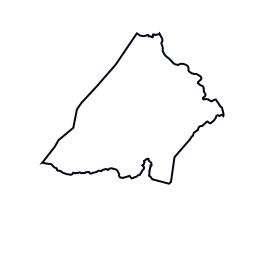 Oropoli, El Paraíso, Honduras (Mercator projection), rotated 322°
{"feature_id": "27666195B15040698792339", "entity_name": "Oropoli", "entity_type": "district", "adm_level": 2, "iso_a3": "HND", "parent_name": "Honduras", "parent_adm1": "El Paraíso", "projection": "mercator", "projection_center": [-86.83, 13.815], "detail": "fine", "context": "isolated", "style": "outline", "palette": "ink", "viewbox_px": 256, "rotation_deg": 322, "n_neighbors": 0, "source": "geoboundaries", "source_scale": "gbopen_adm2", "svg_char_len": 5754}
<svg xmlns="http://www.w3.org/2000/svg" viewBox="0 0 256 256"><g transform="rotate(322 128 128)"><path d="M129.2,75.9L107.0,79.5L99.3,81.8L85.0,94.2L65.7,94.8L59.1,97.6L39.1,102.6L39.4,102.7L40.4,104.1L41.6,105.6L43.5,107.5L45.0,109.0L45.3,109.4L45.4,109.7L45.5,109.9L45.4,111.3L45.5,111.9L45.5,112.7L45.7,113.6L45.9,114.1L46.6,115.1L46.8,115.5L46.9,115.8L46.8,116.0L46.8,116.3L46.5,116.8L46.3,117.1L46.3,117.6L46.3,117.9L46.5,118.3L47.0,118.9L47.8,119.7L48.3,120.3L48.5,120.9L48.7,121.5L48.8,122.0L48.9,122.5L49.2,123.4L49.7,124.2L51.9,127.3L52.3,127.7L52.6,127.8L53.6,129.1L54.0,129.5L54.3,129.7L54.5,129.8L55.2,130.0L55.8,130.0L56.2,129.9L56.7,129.7L57.1,129.5L57.3,129.5L57.8,129.9L58.2,130.7L58.4,131.1L58.6,131.3L58.8,131.4L59.9,131.7L60.6,132.5L60.8,132.6L61.7,132.8L62.0,132.9L62.3,133.0L62.6,133.3L62.7,133.5L63.4,134.8L63.7,135.0L64.2,135.2L64.5,135.5L64.9,135.7L65.0,135.8L65.1,136.1L65.5,136.4L66.2,136.8L66.7,137.0L67.2,137.0L67.5,136.9L67.8,137.0L68.5,137.4L69.5,138.2L69.9,138.4L70.1,138.5L70.1,139.7L70.2,140.5L70.4,140.8L70.6,141.0L71.0,141.2L71.6,141.4L72.6,141.7L73.3,142.0L74.2,142.4L76.1,143.3L76.7,143.4L77.7,143.3L78.2,143.4L78.6,143.6L79.4,144.4L80.3,145.5L81.2,145.5L82.4,145.5L82.5,145.5L83.0,145.8L83.7,146.1L84.7,146.4L85.3,146.7L85.7,147.1L85.9,147.4L86.1,147.9L86.2,148.5L86.3,148.6L86.5,148.7L86.8,148.7L88.3,148.7L88.8,148.8L89.4,149.1L90.3,149.7L90.7,150.2L91.6,151.5L92.0,151.9L92.7,152.9L93.1,153.7L93.2,154.1L93.3,154.6L93.4,156.0L93.1,156.6L92.9,157.2L92.8,158.6L92.6,158.9L91.7,159.7L91.5,160.0L91.4,160.5L91.4,162.2L91.9,162.7L92.5,163.4L93.4,164.3L93.7,164.3L94.2,164.6L99.2,166.5L99.8,166.7L99.8,166.8L99.8,167.0L99.6,167.9L99.6,168.1L99.7,168.6L99.9,169.8L99.9,170.0L100.1,170.1L101.0,170.5L102.2,170.7L103.0,170.8L103.9,171.2L104.5,171.6L105.0,171.6L106.1,171.5L106.5,171.5L107.1,171.6L107.8,171.8L108.3,172.0L108.6,172.2L109.9,171.5L110.7,171.4L111.5,171.1L113.3,170.3L115.1,170.0L115.7,169.6L116.1,169.4L116.3,169.1L116.5,168.7L116.5,167.9L116.3,167.2L116.2,166.7L116.2,166.3L116.3,166.3L116.6,166.2L116.9,166.3L117.4,166.5L117.8,166.5L118.7,165.9L119.7,165.3L119.9,164.8L120.0,164.2L120.3,163.9L120.5,163.8L121.0,164.0L121.5,164.0L122.9,163.9L123.3,164.0L124.1,164.2L125.2,164.9L125.2,165.0L124.9,165.3L124.5,166.0L124.3,166.4L124.3,166.8L124.3,167.2L124.5,168.0L124.6,168.7L124.9,169.4L124.9,169.8L124.8,170.0L124.1,170.8L124.0,171.1L123.9,171.6L123.8,171.8L123.7,171.8L123.0,171.5L122.6,171.4L122.5,171.5L122.3,171.7L122.4,172.1L122.2,172.4L122.1,172.5L121.0,172.9L119.8,174.1L119.4,174.4L119.0,174.6L118.7,174.7L118.4,175.1L118.1,175.5L117.9,175.7L117.8,175.8L117.8,176.0L117.4,176.5L116.9,176.9L116.6,177.3L116.2,177.7L115.4,178.3L115.3,178.5L115.2,178.7L115.3,179.1L115.6,179.8L115.7,180.3L115.7,180.5L115.6,181.0L115.7,181.6L115.6,182.0L115.6,182.3L115.6,182.7L115.8,183.0L115.6,183.4L126.0,197.1L128.7,196.9L146.7,179.6L169.5,175.2L169.9,175.1L171.5,174.5L173.0,174.0L173.9,174.0L174.5,174.0L174.7,173.9L175.3,173.4L176.3,172.7L176.7,172.5L177.1,172.3L177.5,172.3L178.1,172.3L179.7,172.5L181.1,172.4L181.5,172.6L181.8,172.6L182.4,172.2L182.8,171.7L183.2,171.5L184.4,171.1L185.0,171.0L185.4,170.9L185.9,171.0L186.3,171.1L186.7,171.4L187.6,172.0L188.1,172.2L188.6,172.1L189.7,171.8L190.6,171.9L193.5,171.6L194.1,171.6L194.5,171.7L194.6,171.8L195.0,173.4L195.3,174.1L195.8,175.0L196.0,175.1L196.3,175.1L198.6,175.1L199.8,175.0L200.6,174.9L202.0,174.5L203.5,174.0L204.3,173.6L204.7,173.1L205.0,172.9L205.4,172.9L205.9,172.9L206.4,173.1L206.8,173.4L207.2,174.0L207.3,174.5L207.5,174.8L208.1,175.0L208.7,175.0L209.0,175.0L209.9,175.3L210.2,175.7L210.3,176.0L210.4,176.3L210.5,177.2L210.8,177.0L211.3,176.6L211.5,176.3L211.8,175.9L212.6,174.2L213.1,173.3L213.8,171.4L214.4,170.2L214.6,169.7L214.5,169.3L214.3,168.9L214.2,168.4L214.1,168.0L214.1,167.6L214.2,166.7L214.4,164.9L214.6,161.3L214.8,160.3L214.8,159.8L214.7,159.6L214.4,159.4L213.4,159.0L210.5,158.5L210.2,158.4L209.9,158.0L209.6,157.4L208.8,154.7L207.1,153.1L205.2,152.0L205.1,151.7L205.1,151.3L205.1,151.1L205.3,150.8L205.5,150.6L205.7,150.4L206.0,150.3L207.4,150.4L208.0,150.4L209.0,150.0L209.3,149.8L209.4,149.7L209.7,149.2L209.9,148.2L210.1,147.0L210.1,146.3L210.2,146.1L210.4,145.7L211.8,143.8L212.1,143.2L212.5,142.4L212.6,141.8L212.6,141.5L212.6,141.2L212.2,140.2L211.7,139.3L211.1,137.8L211.0,137.1L211.1,136.8L210.8,136.4L210.7,136.1L210.7,135.8L210.8,135.5L211.0,135.3L211.2,135.1L211.7,134.9L212.7,134.8L215.2,134.7L215.8,134.6L216.1,134.3L216.6,133.5L216.9,132.9L216.9,132.5L216.8,131.7L216.4,130.6L215.8,128.9L215.3,127.9L214.9,127.3L213.2,125.9L212.7,125.2L212.3,124.7L211.9,123.9L211.3,122.3L211.1,121.7L211.0,121.2L211.0,120.8L211.0,120.5L211.1,120.1L211.6,119.2L213.0,117.2L213.1,116.8L213.2,116.1L213.0,115.3L212.8,114.7L212.5,113.8L211.1,111.6L210.7,111.2L209.8,110.5L208.5,109.6L207.3,109.4L206.0,109.0L205.6,108.3L204.7,107.4L204.4,106.8L204.1,106.3L203.8,105.4L203.6,104.2L203.5,103.6L203.6,102.7L203.1,99.1L202.7,97.1L202.2,95.3L202.1,94.1L202.0,92.9L202.1,92.3L202.3,90.5L202.6,89.5L202.8,88.8L203.1,88.3L204.3,86.8L204.7,86.4L204.9,86.0L205.3,85.1L206.1,82.6L206.4,81.9L206.6,81.6L206.9,81.4L208.1,80.9L208.5,80.7L208.8,80.4L209.1,80.2L209.3,79.7L209.9,78.7L210.1,78.0L210.2,76.7L210.6,74.9L210.9,73.0L210.4,73.2L210.1,73.2L207.8,72.0L207.4,71.9L207.0,71.7L206.8,71.6L206.6,71.3L206.4,70.7L206.2,70.3L205.8,70.0L205.5,69.9L205.3,69.8L205.2,69.9L203.6,71.5L203.3,71.6L203.2,71.6L202.9,71.4L202.7,71.1L202.4,69.9L202.1,69.5L201.7,69.2L200.9,68.9L200.7,68.6L200.7,68.3L201.2,67.4L201.2,67.2L201.0,66.9L200.7,66.7L199.5,66.4L197.5,65.6L197.0,65.4L196.2,64.6L195.4,63.7L194.2,62.1L194.0,61.7L194.0,61.0L194.0,60.6L193.7,60.0L193.4,59.4L193.2,58.9L157.2,70.5L129.2,75.9Z" fill="none" stroke="#020617" stroke-width="2"/></g></svg>